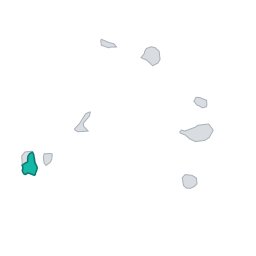 Cabo Verde, with Porto Novo highlighted, rotated 294°
{"feature_id": "CPV-5060", "entity_name": "Porto Novo", "entity_type": "state/province", "adm_level": 1, "iso_a3": "CPV", "parent_name": "Cabo Verde", "parent_adm1": "", "projection": "robinson", "projection_center": [-25.199, 17.027], "detail": "fine", "context": "in_parent", "style": "filled", "palette": "teal", "viewbox_px": 256, "rotation_deg": 294, "n_neighbors": 0, "source": "natural_earth", "source_scale": "10m", "svg_char_len": 1600}
<svg xmlns="http://www.w3.org/2000/svg" viewBox="0 0 256 256"><g transform="rotate(294 128 128)"><path d="M164.5,200.0L160.7,206.7L152.4,206.1L148.1,203.4L143.0,195.1L143.2,188.6L144.9,183.0L144.6,178.2L145.3,176.9L147.9,177.7L148.3,181.0L155.9,189.0L158.8,190.6L164.5,200.0ZM55.6,60.1L49.5,61.6L46.9,60.9L46.0,55.1L44.8,51.4L45.1,49.7L59.2,42.3L64.1,43.5L67.6,49.4L65.2,52.7L55.6,60.1ZM197.5,111.3L202.8,112.6L204.7,112.1L208.1,112.4L211.7,116.2L212.4,120.3L210.6,125.3L203.7,129.4L199.7,129.0L194.9,125.2L197.6,117.7L197.5,111.3ZM110.0,211.0L105.1,213.7L101.7,212.5L98.4,209.7L96.8,205.6L98.1,202.0L104.7,197.8L108.7,199.2L110.8,205.7L110.0,211.0ZM123.7,83.5L126.3,85.6L127.2,87.1L123.3,87.9L114.0,85.2L111.5,86.9L109.0,92.8L104.2,83.8L104.5,80.5L105.5,79.5L112.2,81.9L123.7,83.5ZM181.1,190.7L179.3,191.0L176.7,187.8L177.2,183.2L176.9,182.1L179.2,177.3L183.8,177.7L185.0,181.2L185.2,188.6L181.1,190.7ZM73.4,69.4L68.2,71.1L65.0,70.9L60.4,68.3L61.9,65.6L66.9,62.5L70.3,61.9L73.1,67.3L73.4,69.4ZM199.2,80.9L197.3,84.5L194.8,79.1L193.4,77.8L192.8,70.0L196.4,67.7L198.2,67.5L198.3,75.6L199.2,80.9Z" fill="#d9dde1" stroke="#a8b0b8" stroke-width="1"/><path d="M67.1,50.6L65.3,52.7L65.1,52.7L64.8,53.0L63.6,53.5L63.3,53.7L62.8,54.5L59.0,56.4L57.3,58.4L56.0,60.2L54.5,61.4L51.7,61.8L49.4,61.8L48.6,62.0L48.1,62.2L47.5,62.2L46.7,61.6L46.6,60.7L46.5,55.9L45.7,54.2L44.4,53.8L44.0,53.5L43.6,52.3L43.9,51.2L45.5,49.3L46.4,48.6L47.3,48.4L48.1,48.5L48.7,48.5L49.3,48.0L50.9,46.4L54.3,48.5L56.3,50.1L59.2,48.8L61.7,48.1L64.5,48.6L66.3,49.9L67.1,50.6Z" fill="#14b8a6" stroke="#0f766e" stroke-width="1.5"/></g></svg>